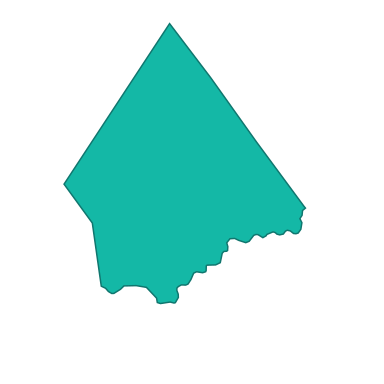 outline of Starr, Texas, United States of America, rotated 303°
{"feature_id": "52423323B3441852728971", "entity_name": "Starr", "entity_type": "district", "adm_level": 2, "iso_a3": "USA", "parent_name": "United States of America", "parent_adm1": "Texas", "projection": "equal_earth", "projection_center": [-98.863, 26.511], "detail": "fine", "context": "isolated", "style": "filled", "palette": "teal", "viewbox_px": 384, "rotation_deg": 303, "n_neighbors": 0, "source": "geoboundaries", "source_scale": "gbopen_adm2", "svg_char_len": 1050}
<svg xmlns="http://www.w3.org/2000/svg" viewBox="0 0 384 384"><g transform="rotate(303 192 192)"><path d="M63.6,167.2L64.2,172.0L63.0,176.1L63.2,180.0L64.4,181.7L71.4,185.0L76.2,186.1L83.1,196.2L87.2,205.7L83.7,220.1L80.4,223.1L81.3,226.3L87.8,233.6L89.1,237.4L90.1,238.3L96.1,238.0L98.8,236.1L101.2,232.9L103.1,231.7L105.2,232.0L108.3,233.7L110.5,237.4L112.6,238.8L117.9,238.8L124.8,237.6L127.6,239.3L130.1,244.9L132.6,246.9L133.9,246.6L137.8,244.2L138.9,244.5L143.7,251.5L148.1,254.2L157.1,250.7L159.5,251.1L161.2,253.3L162.3,253.7L165.7,251.8L168.3,248.8L173.5,249.3L176.3,253.1L176.9,257.6L178.8,264.7L181.8,266.8L189.3,267.4L191.2,268.8L192.2,270.6L192.3,276.3L195.6,278.0L197.2,277.9L202.7,281.7L203.3,284.0L202.9,286.1L203.8,288.9L206.5,291.5L210.0,291.7L211.8,292.7L212.9,295.6L212.5,299.7L213.6,301.9L215.4,303.4L220.0,303.6L226.1,300.9L228.4,297.0L232.4,297.0L236.7,294.8L240.3,295.9L241.0,293.7L269.2,218.5L298.0,145.5L321.0,81.5L290.1,81.3L128.9,80.4L111.7,125.3L63.6,167.2Z" fill="#14b8a6" stroke="#0f766e" stroke-width="1.5"/></g></svg>